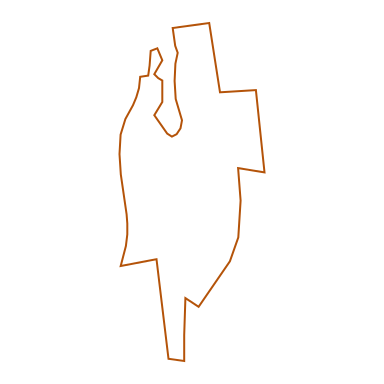 an SVG outline of Nicas
{"feature_id": "LVA-5717", "entity_name": "Nicas", "entity_type": "Municipality", "adm_level": 1, "iso_a3": "LVA", "parent_name": "Latvia", "parent_adm1": "", "projection": "albers", "projection_center": [21.055, 56.332], "detail": "fine", "context": "isolated", "style": "outline", "palette": "amber", "viewbox_px": 384, "rotation_deg": 0, "n_neighbors": 0, "source": "natural_earth", "source_scale": "10m", "svg_char_len": 706}
<svg xmlns="http://www.w3.org/2000/svg" viewBox="0 0 384 384"><path d="M120.7,266.0L125.9,246.0L127.3,234.4L127.3,223.5L126.6,214.3L120.8,174.4L119.5,154.1L120.6,134.6L125.4,119.0L133.0,105.2L136.3,97.3L139.0,88.1L140.2,76.8L148.2,75.6L149.6,65.5L150.7,50.9L157.3,48.3L162.3,60.3L154.3,74.2L158.2,78.1L162.3,80.5L162.3,95.0L162.3,102.0L154.3,115.2L167.2,133.6L171.9,136.6L176.6,134.2L180.5,128.3L182.0,120.3L175.7,99.0L174.6,80.9L175.4,63.7L177.7,52.8L175.2,45.8L172.7,28.0L209.2,23.0L220.0,92.3L255.9,90.1L264.5,172.4L238.1,168.1L240.6,200.6L238.3,237.4L229.9,261.3L198.6,306.8L185.4,298.1L184.2,335.0L184.2,361.0L168.5,358.8L156.5,259.2L120.7,266.0Z" fill="none" stroke="#b45309" stroke-width="2"/></svg>